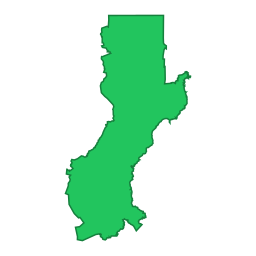 the district of Davao del Sur, Davao del Sur, Philippines
{"feature_id": "2640588B9806973652018", "entity_name": "Davao del Sur", "entity_type": "district", "adm_level": 2, "iso_a3": "PHL", "parent_name": "Philippines", "parent_adm1": "Davao del Sur", "projection": "albers", "projection_center": [125.526, 6.998], "detail": "fine", "context": "isolated", "style": "filled", "palette": "green", "viewbox_px": 256, "rotation_deg": 0, "n_neighbors": 0, "source": "geoboundaries", "source_scale": "gbopen_adm2", "svg_char_len": 5858}
<svg xmlns="http://www.w3.org/2000/svg" viewBox="0 0 256 256"><path d="M101.6,30.0L101.9,32.4L100.7,33.7L100.6,34.3L101.3,35.3L101.7,36.9L102.2,36.9L102.2,42.6L102.7,42.5L103.6,43.7L103.8,45.4L101.7,45.9L102.4,47.4L106.1,48.1L107.6,51.0L107.3,51.8L108.2,51.9L108.6,51.3L109.0,52.0L110.2,52.1L110.2,52.8L110.7,53.3L101.9,56.9L101.6,56.7L101.5,57.0L101.4,58.9L103.2,61.1L103.5,62.5L103.1,64.5L104.4,66.7L104.4,68.8L104.9,69.0L103.7,72.3L106.3,73.0L106.6,76.1L105.4,77.8L104.0,78.8L103.3,81.4L101.4,82.5L100.4,85.8L101.4,92.7L104.8,96.4L107.3,98.4L113.2,104.8L113.8,106.7L112.8,109.5L113.2,110.3L113.3,115.0L113.9,115.9L113.7,117.0L113.3,117.3L113.0,118.3L113.4,118.7L114.0,120.5L113.3,121.1L112.6,120.9L111.5,121.2L110.5,121.9L108.7,121.5L107.4,121.8L107.5,123.9L107.2,124.3L105.8,124.6L105.7,124.9L105.9,125.3L106.8,125.9L106.7,126.2L105.3,127.6L103.2,132.2L102.5,134.4L101.0,137.0L99.5,138.4L99.5,139.6L98.3,140.2L98.2,141.9L96.9,143.2L96.9,144.5L95.7,145.4L95.2,147.4L94.6,147.3L94.5,147.7L94.0,147.7L92.9,149.4L91.5,149.9L90.5,150.7L89.9,150.7L88.8,151.2L88.8,152.0L88.4,152.4L88.6,153.1L87.5,153.7L87.7,154.8L87.2,156.0L86.7,155.5L86.1,156.8L84.6,157.1L83.3,156.3L81.4,155.9L77.6,158.7L75.6,159.5L74.2,160.0L71.8,159.5L71.1,161.1L72.0,162.5L71.6,164.1L70.8,164.3L70.7,165.1L70.9,165.4L70.6,165.6L70.8,166.3L72.0,167.2L73.0,168.6L69.4,171.2L69.1,170.1L67.6,170.4L67.3,169.4L66.9,169.3L66.4,174.0L70.6,175.2L69.1,177.0L70.2,179.5L69.8,181.2L68.3,183.3L68.3,185.9L65.5,193.5L68.5,194.7L69.1,204.4L74.3,213.6L78.6,217.9L80.1,217.5L83.9,222.9L79.6,226.7L75.5,227.3L77.5,236.6L77.4,239.6L82.4,240.6L95.8,234.5L99.9,233.8L99.8,234.6L101.1,234.5L100.5,236.6L102.3,237.7L102.9,239.3L105.3,239.9L106.5,238.9L107.1,237.7L108.8,237.9L109.3,237.5L109.3,237.2L109.6,237.6L110.5,237.6L111.2,236.0L116.8,236.0L117.8,234.3L116.4,234.4L117.2,233.1L116.8,232.8L117.9,231.4L118.9,231.3L120.7,228.9L122.0,229.3L122.9,228.8L122.9,228.3L123.4,228.2L123.7,227.2L123.2,226.3L123.8,226.1L124.4,224.8L124.3,224.3L124.0,224.6L123.5,223.9L124.1,223.3L123.9,222.9L124.4,222.2L123.2,221.2L123.3,220.6L122.8,219.7L124.1,219.5L124.4,218.9L125.4,219.7L127.9,220.0L127.9,221.1L127.5,221.1L128.1,221.8L128.2,222.5L129.3,223.3L129.7,223.2L130.8,224.3L132.7,225.2L133.8,226.3L136.3,230.8L142.0,224.6L140.6,223.7L139.7,223.7L139.0,223.3L138.4,221.3L138.9,221.1L138.9,220.5L139.5,219.7L140.8,219.3L141.5,218.6L142.2,218.8L142.1,218.1L142.9,217.8L143.0,217.4L143.4,217.9L143.5,217.7L144.2,218.1L144.7,218.0L145.0,217.3L145.8,217.3L145.7,216.6L145.4,216.4L145.7,216.0L145.2,215.2L145.1,213.4L143.8,213.2L143.9,212.5L143.5,213.1L143.0,213.2L143.0,212.7L143.5,212.3L143.2,211.4L141.2,211.1L141.1,210.7L139.9,210.3L139.4,209.6L138.2,209.1L137.6,208.3L137.8,207.9L137.6,207.4L136.0,207.0L135.2,206.2L134.5,206.6L134.0,206.5L133.7,206.6L133.9,206.7L132.6,206.4L132.7,206.0L131.5,203.7L131.5,202.5L132.0,201.7L131.9,200.7L132.6,200.2L132.0,199.0L132.3,198.4L132.0,198.2L131.5,197.0L131.3,194.9L131.6,194.5L131.3,193.3L131.7,193.4L131.9,193.0L131.9,191.5L131.2,189.2L130.5,189.3L131.3,188.1L130.1,185.8L130.2,184.8L130.0,184.7L129.7,182.5L130.2,181.4L131.8,179.8L132.5,179.5L132.3,179.2L132.6,179.6L132.8,179.4L132.2,177.9L132.5,176.8L133.2,176.7L133.4,176.1L132.7,175.0L132.7,174.4L131.8,173.9L132.2,173.6L131.9,172.2L132.2,171.7L133.4,171.0L133.2,170.1L133.7,168.8L132.9,168.3L133.2,167.8L132.9,168.1L132.8,167.9L132.5,168.0L131.9,167.5L132.0,167.1L131.7,167.1L131.1,166.2L131.5,165.9L133.5,166.9L134.2,166.2L133.5,166.0L134.2,165.6L134.4,164.6L134.7,164.9L136.1,163.4L136.9,163.1L137.4,161.5L138.8,161.0L138.9,159.9L139.7,159.7L138.7,158.9L138.9,157.7L142.3,155.4L142.9,154.0L143.6,153.6L144.3,153.8L145.4,153.4L146.5,151.1L146.2,150.5L146.3,148.3L147.3,147.5L148.3,147.5L150.9,145.5L151.8,145.2L151.9,144.6L153.0,143.3L152.7,141.9L152.9,140.5L151.9,137.2L152.1,135.6L151.7,134.7L152.2,131.9L152.8,130.6L155.8,127.9L155.9,127.1L156.0,127.2L156.5,126.8L156.0,127.0L156.4,126.7L156.4,126.1L158.3,124.7L158.1,124.1L159.8,122.1L161.1,121.5L161.4,120.7L162.6,119.5L164.8,118.6L166.4,118.5L167.7,118.6L168.1,119.2L169.7,120.1L169.3,122.0L169.9,122.8L169.8,120.6L170.4,119.9L170.8,119.5L171.5,119.6L171.5,119.3L172.2,119.1L172.3,119.3L174.6,118.7L176.1,118.8L175.8,117.9L176.6,118.5L177.0,117.9L176.9,116.5L177.9,115.1L179.8,113.5L179.9,113.0L179.7,113.0L180.1,112.6L179.8,111.7L180.0,111.1L182.6,109.8L183.0,108.9L184.2,108.8L184.4,108.6L184.1,108.5L184.6,107.8L184.5,107.2L184.9,107.1L184.7,106.6L185.1,106.1L185.3,106.3L185.1,106.0L185.4,106.1L185.2,105.9L187.0,103.5L186.9,100.0L187.1,99.4L186.8,97.9L187.0,97.1L186.7,96.4L186.3,96.5L186.4,95.3L186.3,95.5L185.7,94.1L185.6,92.8L186.1,92.2L185.4,92.3L185.4,91.9L186.0,91.7L185.2,91.7L184.8,91.3L184.1,88.3L184.1,86.7L184.8,86.4L185.0,86.7L184.9,86.2L184.1,86.4L184.3,85.8L183.7,85.9L184.0,85.7L183.7,85.4L183.8,85.4L184.2,85.2L183.8,85.2L183.5,84.7L183.8,84.3L183.7,83.9L184.1,83.9L183.7,83.4L184.2,83.5L183.8,82.8L184.8,82.3L184.8,81.7L184.2,81.3L184.3,80.9L184.0,80.7L184.3,80.3L184.0,80.1L184.4,80.0L184.5,79.3L185.1,78.4L185.6,78.5L186.3,77.8L187.2,77.6L187.3,78.0L187.7,77.6L188.1,78.0L188.0,77.5L188.3,77.5L188.5,77.9L188.5,77.5L190.0,77.6L190.5,76.9L190.5,75.5L190.0,76.9L189.1,76.2L188.6,76.3L188.5,75.4L188.1,76.2L187.6,76.2L188.0,75.6L187.3,74.1L187.6,73.6L187.2,73.2L187.8,72.7L187.0,72.4L187.0,71.8L186.1,71.6L185.1,72.1L185.4,72.7L182.1,74.8L179.2,75.2L178.4,75.9L178.7,77.4L178.3,77.6L178.2,78.1L177.7,78.2L177.8,79.1L177.5,79.2L177.9,79.9L177.5,80.3L177.7,80.7L176.2,80.8L175.3,82.0L175.6,82.9L175.3,83.5L173.9,82.6L172.7,82.5L171.2,82.8L171.3,83.3L164.6,83.8L165.2,79.5L165.0,66.6L164.2,66.9L164.4,59.1L163.0,59.0L163.1,55.6L164.0,49.8L165.1,48.0L166.3,48.8L166.3,45.8L164.3,44.4L163.5,43.1L163.3,38.0L163.5,15.4L108.7,15.5L108.8,19.6L108.3,27.0L107.0,26.3L101.8,28.2L101.6,30.0Z" fill="#22c55e" stroke="#15803d" stroke-width="1.5"/></svg>